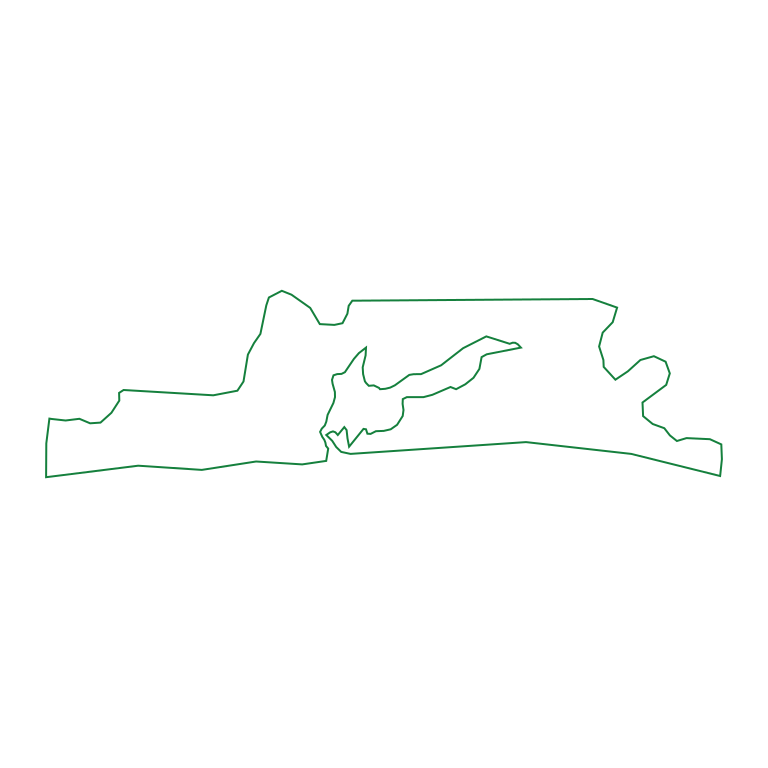 map outline of Lagos (Equal Earth projection)
{"feature_id": "NGA-2850", "entity_name": "Lagos", "entity_type": "State", "adm_level": 1, "iso_a3": "NGA", "parent_name": "Nigeria", "parent_adm1": "", "projection": "equal_earth", "projection_center": [3.544, 6.537], "detail": "fine", "context": "isolated", "style": "outline", "palette": "green", "viewbox_px": 768, "rotation_deg": 0, "n_neighbors": 0, "source": "natural_earth", "source_scale": "10m", "svg_char_len": 1835}
<svg xmlns="http://www.w3.org/2000/svg" viewBox="0 0 768 768"><path d="M46.1,477.2L46.3,443.4L49.4,418.6L51.9,419.0L65.6,420.5L79.4,418.8L90.1,423.3L100.5,422.6L111.4,412.8L119.3,400.6L119.1,392.9L123.6,390.0L213.3,395.3L237.4,390.7L243.5,381.5L247.9,354.6L254.0,343.1L260.4,333.9L266.3,305.4L268.9,297.5L281.8,290.8L291.5,294.7L310.2,307.9L319.8,324.1L334.4,324.9L342.5,323.2L347.4,313.7L348.7,305.8L352.3,300.7L592.6,299.0L617.1,307.6L612.7,322.2L602.7,332.6L599.1,346.5L603.4,360.0L603.7,366.9L615.4,379.7L627.9,371.3L640.4,360.0L653.9,356.2L665.6,361.7L669.8,373.4L666.2,384.9L642.5,402.5L643.1,416.1L652.7,424.0L664.3,428.2L669.9,435.4L676.9,441.0L686.5,438.1L709.9,439.2L721.3,444.4L721.9,459.2L720.3,474.5L720.1,476.0L631.2,453.9L526.0,442.1L350.5,453.9L341.2,451.9L336.2,447.0L332.2,440.8L326.3,435.0L330.2,432.3L333.0,431.4L335.4,432.3L337.8,435.0L344.3,427.1L346.6,430.1L347.5,438.4L349.1,446.7L363.5,428.9L366.0,429.3L367.4,433.7L370.6,433.9L375.9,431.2L383.7,430.9L390.7,429.3L397.1,424.8L402.7,416.0L403.5,410.0L402.6,403.9L402.8,399.1L406.9,397.1L423.6,397.1L432.4,394.8L450.5,387.0L456.1,389.2L465.3,384.3L473.5,377.8L479.4,368.9L481.6,357.1L486.7,354.3L520.9,347.6L517.8,344.3L515.2,342.8L512.7,342.7L509.7,343.8L486.3,336.4L463.1,348.2L441.1,365.3L421.1,374.1L413.6,374.2L409.3,374.9L394.9,385.3L390.2,387.6L385.3,388.8L380.0,389.2L379.0,387.9L373.8,385.4L368.8,385.8L366.1,383.0L364.9,381.3L363.1,374.1L362.7,367.3L365.6,355.4L366.0,347.6L358.9,353.1L353.9,358.9L344.9,372.2L341.5,373.9L337.2,374.1L333.5,375.3L332.0,379.9L332.6,383.8L334.9,392.0L335.0,397.1L333.4,403.0L327.6,414.9L326.3,421.6L324.8,425.5L321.8,428.6L320.1,431.9L322.3,436.9L324.3,439.8L325.4,442.6L326.0,445.9L328.2,448.6L326.2,460.9L302.2,464.4L256.1,461.5L201.8,469.9L138.2,465.7L46.1,477.2Z" fill="none" stroke="#15803d" stroke-width="2"/></svg>